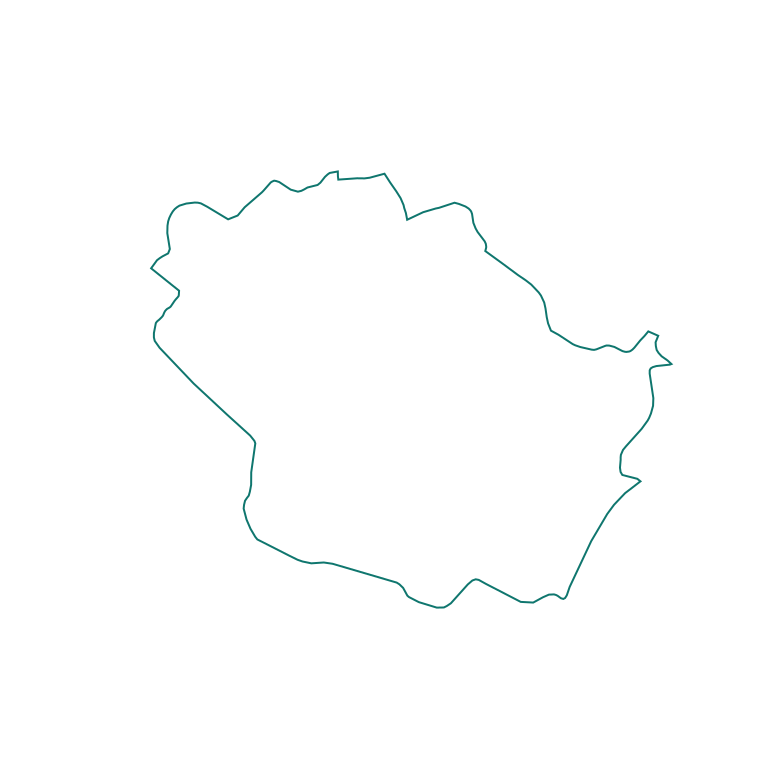 the Province of Dundgovi, rotated 36°
{"feature_id": "MNG-3325", "entity_name": "Dundgovi", "entity_type": "Province", "adm_level": 1, "iso_a3": "MNG", "parent_name": "Mongolia", "parent_adm1": "", "projection": "albers", "projection_center": [106.117, 45.486], "detail": "fine", "context": "isolated", "style": "outline", "palette": "teal", "viewbox_px": 768, "rotation_deg": 36, "n_neighbors": 0, "source": "natural_earth", "source_scale": "10m", "svg_char_len": 2769}
<svg xmlns="http://www.w3.org/2000/svg" viewBox="0 0 768 768"><g transform="rotate(36 384 384)"><path d="M487.7,242.7L496.2,241.6L513.2,240.8L515.9,240.3L521.1,238.7L531.9,234.1L533.9,232.9L535.4,231.2L540.7,222.9L541.6,221.9L543.7,220.5L548.6,218.6L557.6,217.2L560.0,216.3L561.2,215.6L563.2,213.7L564.0,212.5L564.8,210.1L565.2,207.5L565.7,198.1L566.5,192.2L566.9,186.1L577.5,183.8L579.2,190.6L581.6,193.5L584.6,196.2L587.9,197.5L592.3,198.4L599.6,198.3L604.8,198.9L603.9,200.3L593.8,209.4L591.5,212.4L590.6,214.6L590.9,216.7L592.8,219.4L610.2,237.1L614.5,243.5L617.3,250.9L618.4,255.5L618.8,258.6L618.8,268.9L616.4,292.1L616.1,296.8L617.3,302.1L618.6,304.3L620.0,306.2L624.1,313.0L627.1,316.1L630.3,317.5L644.7,311.8L648.7,312.0L643.2,330.6L641.1,346.4L641.0,357.9L644.0,389.3L653.5,439.1L656.1,447.5L656.3,450.7L655.4,452.5L653.1,453.3L648.9,453.3L647.1,453.6L645.2,454.3L641.2,457.5L638.0,463.0L633.2,473.1L622.7,479.9L584.0,485.8L575.8,486.8L573.0,488.1L571.0,491.0L569.6,496.9L567.0,522.1L565.3,526.7L563.8,529.6L558.1,533.9L540.4,540.0L529.4,541.7L527.3,541.5L519.3,537.7L514.2,537.0L511.0,537.2L448.0,559.7L440.2,563.8L430.6,571.8L422.4,575.5L417.4,577.0L407.5,578.7L372.9,584.2L369.6,583.3L361.1,579.6L352.5,574.5L343.7,567.3L341.8,564.0L340.2,560.1L340.1,556.8L340.2,553.8L338.8,550.0L335.8,543.7L328.5,533.5L314.8,507.7L312.6,506.2L306.1,504.4L274.8,501.0L229.7,495.5L181.2,486.6L173.2,483.9L170.4,481.5L167.9,478.0L163.6,468.8L163.6,467.1L163.8,466.0L164.3,464.2L164.9,460.6L165.0,458.8L164.8,457.6L164.4,456.2L164.1,454.5L164.0,453.5L164.1,452.5L164.2,451.6L164.4,450.7L165.4,448.5L165.7,447.7L165.9,446.9L165.9,445.9L165.7,439.9L165.8,437.9L166.1,435.0L166.1,434.1L166.1,433.4L165.5,432.3L163.4,429.0L127.6,427.3L127.6,417.3L128.6,414.0L129.8,410.9L132.6,405.2L131.4,400.7L120.0,389.3L115.8,383.2L113.8,379.3L112.7,375.9L112.0,372.1L111.7,368.5L111.9,365.5L112.6,362.7L113.7,359.9L118.0,354.2L124.3,348.4L126.9,346.7L129.7,345.5L136.9,344.5L161.1,342.4L166.6,333.7L167.4,322.9L172.6,300.5L172.9,298.3L173.9,287.5L174.5,286.0L175.6,284.1L177.4,283.2L180.5,282.2L194.3,281.6L201.3,279.0L203.6,276.3L205.1,273.4L206.6,270.0L213.3,262.0L214.2,258.5L214.5,251.1L215.2,247.6L216.0,245.2L221.7,239.2L224.6,243.0L226.9,245.5L241.3,233.4L247.4,229.1L251.2,225.5L260.8,213.6L270.6,217.4L280.7,220.9L288.2,223.9L294.6,227.7L297.0,229.8L301.2,232.8L306.2,237.5L314.7,222.0L322.7,211.6L324.9,209.2L334.5,195.9L338.7,194.3L345.6,192.5L349.5,192.3L352.0,192.8L353.1,193.2L355.2,194.6L361.6,201.1L366.7,204.3L370.4,206.0L381.6,209.4L383.9,210.7L385.8,212.6L386.5,213.6L387.8,216.9L408.0,216.9L428.4,217.1L437.7,216.8L444.7,217.0L455.4,219.0L459.0,220.2L465.7,223.9L470.3,228.0L476.4,234.3L481.1,238.5L487.7,242.7Z" fill="none" stroke="#0f766e" stroke-width="2"/></g></svg>